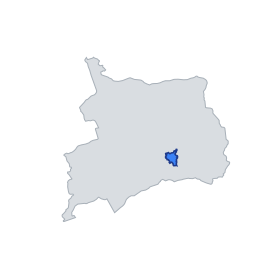 location of Lubutu, Maniema, Democratic Republic of the Congo, rotated 71°
{"feature_id": "63176286B14336347527587", "entity_name": "Lubutu", "entity_type": "district", "adm_level": 2, "iso_a3": "COD", "parent_name": "Democratic Republic of the Congo", "parent_adm1": "Maniema", "projection": "natural_earth1", "projection_center": [26.789, -0.716], "detail": "fine", "context": "in_parent", "style": "filled", "palette": "blue", "viewbox_px": 256, "rotation_deg": 71, "n_neighbors": 0, "source": "geoboundaries", "source_scale": "gbopen_adm2", "svg_char_len": 6373}
<svg xmlns="http://www.w3.org/2000/svg" viewBox="0 0 256 256"><g transform="rotate(71 128 128)"><path d="M203.7,168.2L188.1,171.0L188.4,172.0L188.3,173.1L187.9,173.9L186.3,176.2L183.9,178.2L183.9,178.7L185.1,181.0L185.9,184.1L185.7,189.7L186.0,191.2L185.9,192.3L185.1,193.6L183.6,200.3L184.6,203.5L187.7,206.5L189.5,208.7L192.5,209.5L193.0,209.4L193.2,207.5L195.6,206.8L195.6,218.7L195.4,219.4L194.9,219.5L194.3,219.1L194.2,218.0L193.5,217.5L190.6,219.0L189.8,218.9L189.0,218.7L188.4,218.1L188.2,217.2L186.2,213.7L185.2,213.5L184.0,210.4L179.4,208.1L177.6,207.9L176.6,207.2L175.7,204.8L174.2,203.2L173.8,201.5L173.5,201.2L172.6,201.6L171.8,204.3L170.7,205.0L168.8,205.0L164.0,204.2L160.6,202.8L159.7,202.9L158.4,201.6L157.8,199.5L158.1,197.9L157.9,197.6L152.7,199.0L151.4,199.8L150.2,199.6L149.9,199.2L150.4,198.0L150.1,196.8L149.7,196.2L148.2,195.8L147.7,194.5L146.8,194.3L146.5,194.5L146.2,195.4L145.7,195.7L142.6,195.2L139.3,196.4L135.0,196.1L132.9,197.5L132.6,197.4L132.2,196.7L131.8,194.5L132.0,193.9L132.6,193.4L132.9,192.5L132.6,190.2L132.8,189.7L132.6,188.3L131.9,186.2L131.0,184.4L129.0,181.8L128.7,180.6L128.8,177.7L129.4,173.0L129.3,169.6L128.5,167.4L128.3,165.0L128.8,160.6L128.3,159.6L118.5,159.2L118.0,158.9L117.9,158.3L118.3,155.7L112.3,156.4L110.5,156.9L109.4,157.9L109.0,159.2L109.0,161.1L108.1,162.9L107.8,165.9L106.2,166.3L104.5,166.3L101.3,165.6L98.2,166.5L96.7,167.3L95.9,166.9L93.1,167.2L92.7,167.0L89.5,161.0L88.0,159.0L87.7,158.0L87.8,157.1L87.4,155.9L85.9,152.8L85.7,151.4L85.7,149.1L85.5,148.4L84.2,146.4L83.3,145.8L82.3,145.5L66.2,145.7L60.9,145.4L57.0,145.6L55.0,145.4L54.4,145.2L52.7,145.6L51.7,146.4L50.3,146.8L49.5,146.6L47.8,144.4L50.1,144.0L50.2,143.8L50.4,138.5L49.8,137.7L51.0,136.8L52.9,134.4L54.8,133.6L55.1,133.1L55.5,133.2L56.2,134.1L57.9,135.4L59.9,134.3L60.1,134.0L60.4,131.7L60.9,131.5L61.8,132.0L62.3,132.0L63.2,131.3L65.8,130.2L66.5,131.6L65.8,133.0L66.2,133.9L66.2,135.4L66.7,135.7L68.7,135.9L69.3,135.5L73.4,130.3L74.5,129.6L76.2,127.6L78.5,126.6L79.5,125.0L80.8,122.0L81.4,117.8L81.1,110.5L81.3,109.5L84.1,106.2L86.9,100.2L88.8,98.6L90.3,98.0L92.5,95.8L94.3,93.6L94.0,91.0L94.5,88.8L95.4,86.0L95.7,83.0L95.4,79.9L95.5,77.4L96.9,73.3L97.0,68.6L98.2,64.7L100.5,59.8L101.6,56.1L101.4,52.4L101.8,49.7L101.6,48.1L101.2,46.8L101.4,45.9L102.3,45.5L103.4,44.2L105.4,40.6L107.6,38.8L109.1,38.3L110.6,38.3L111.7,38.7L113.3,40.1L115.2,41.2L116.6,42.6L118.0,44.8L121.3,45.3L122.7,46.0L123.6,46.3L123.9,46.1L124.6,46.2L126.2,46.9L127.5,46.5L133.7,48.0L134.4,47.3L136.1,43.5L137.4,42.2L139.5,42.1L141.2,42.8L142.0,42.8L149.6,39.6L150.6,39.4L153.4,40.2L155.2,39.7L155.9,39.8L157.5,39.3L158.7,37.0L159.8,36.5L170.7,38.9L172.4,37.7L173.2,37.6L175.6,38.5L176.3,39.8L177.8,41.0L178.8,43.0L180.5,44.1L181.3,45.1L182.2,45.9L184.2,46.1L186.7,44.4L188.5,44.5L190.3,45.5L190.9,45.5L192.3,44.4L193.0,43.3L193.7,43.1L194.7,43.6L195.6,44.6L196.4,46.1L199.1,49.5L201.7,50.9L202.4,52.9L203.4,52.7L203.8,52.9L204.5,54.2L205.0,54.5L205.1,55.0L204.4,56.3L203.8,58.6L204.6,60.1L203.9,62.2L203.6,64.3L204.5,64.9L205.6,64.8L206.6,66.0L207.4,66.1L208.2,67.3L208.0,68.3L205.4,71.9L201.5,76.2L200.2,76.7L199.5,77.5L199.0,78.8L197.9,79.9L197.0,80.3L196.9,83.4L195.6,86.6L195.1,87.3L194.4,92.6L194.5,93.5L193.8,97.8L193.9,101.8L192.0,103.1L190.7,105.0L190.1,106.4L190.2,109.7L188.0,111.7L187.8,112.1L188.4,114.4L189.2,114.8L189.2,115.6L190.9,118.0L190.8,125.6L190.9,126.4L191.8,128.2L192.4,131.6L191.8,136.0L194.1,144.1L193.1,147.0L193.6,149.8L195.0,152.8L198.3,155.7L199.2,156.9L200.0,158.5L200.8,161.0L203.7,168.2Z" fill="#d9dde1" stroke="#a8b0b8" stroke-width="1"/><path d="M169.0,91.7L168.8,91.8L168.7,91.9L168.5,92.0L168.3,91.9L168.2,92.0L167.9,92.0L167.7,92.0L167.6,91.9L167.5,91.7L167.4,91.5L167.4,91.4L167.2,91.3L167.0,91.2L166.9,91.0L166.8,90.9L166.7,90.8L166.5,90.6L166.4,90.4L166.4,90.2L166.1,90.2L165.9,89.9L165.7,89.7L165.4,89.6L165.4,89.4L165.2,89.2L164.9,89.0L164.7,89.0L164.6,88.8L164.4,88.8L164.5,88.7L164.4,88.6L164.3,88.4L164.3,88.5L164.2,88.6L164.1,88.9L164.2,89.1L164.3,89.8L164.5,90.2L164.7,90.5L164.8,90.6L164.9,90.8L165.0,90.8L165.2,91.0L165.1,91.3L164.9,91.7L164.7,91.8L164.8,92.1L165.1,92.3L165.4,92.5L166.1,93.1L166.0,93.4L165.9,93.9L165.9,94.4L165.9,94.5L165.7,94.8L165.8,95.0L165.8,95.8L165.8,96.3L165.9,96.5L166.0,96.6L165.8,97.0L165.7,97.2L165.5,97.3L165.3,97.3L165.2,97.3L165.0,97.5L164.8,97.6L164.7,97.6L164.4,97.7L164.5,98.9L164.9,99.2L165.0,99.3L164.9,99.4L164.7,99.5L164.4,99.5L164.4,99.9L164.3,100.3L164.3,100.5L164.5,100.8L164.8,100.8L164.9,100.6L164.8,100.4L165.0,100.4L165.3,100.2L165.4,100.4L165.4,100.6L165.5,100.7L165.6,100.4L166.0,100.6L166.2,100.8L166.3,100.8L166.6,100.7L166.6,100.8L166.8,101.1L167.1,101.5L167.2,101.4L167.3,101.4L167.4,101.5L167.6,101.5L167.6,101.8L167.8,102.0L168.1,102.0L168.2,101.9L168.3,101.9L168.4,102.0L168.5,102.1L168.8,102.0L169.0,101.9L169.2,101.6L169.3,101.6L169.5,101.5L169.5,101.4L169.9,101.4L170.0,101.3L170.3,101.3L170.4,101.1L170.5,101.1L170.8,101.2L170.9,100.8L171.0,100.7L171.2,100.4L171.2,100.2L171.4,100.2L171.5,100.1L171.9,100.1L172.0,100.0L172.1,99.7L172.3,99.7L172.5,99.6L172.8,99.7L173.0,99.6L173.0,99.4L173.0,99.5L173.3,99.6L173.5,99.8L173.8,99.9L174.0,100.1L174.1,99.9L174.3,99.7L174.5,99.9L174.9,99.9L175.0,99.9L175.0,99.7L174.9,99.6L174.8,99.4L174.7,99.3L174.6,98.9L174.4,98.7L174.5,98.6L174.5,98.4L174.5,98.2L174.5,97.8L174.7,97.7L174.8,97.6L175.0,97.5L175.3,97.5L175.5,97.5L175.6,97.3L175.8,97.3L175.9,97.2L176.0,97.2L176.4,97.0L176.6,97.0L176.8,97.1L177.0,97.1L177.3,97.2L177.4,97.3L177.5,97.3L177.8,97.3L178.0,97.3L178.1,97.2L178.3,97.0L178.5,97.0L178.7,96.9L178.7,96.7L178.7,96.4L178.8,96.2L178.8,95.9L178.9,95.7L179.0,95.5L179.0,95.4L179.0,95.2L179.2,94.8L179.2,94.7L179.1,94.4L179.2,94.2L179.3,94.1L177.8,94.1L177.6,94.0L177.4,93.8L177.2,93.8L177.0,93.6L176.9,93.5L176.7,93.5L176.4,93.4L176.4,93.2L176.2,93.1L175.9,93.3L175.7,93.3L175.4,93.3L175.2,93.3L175.1,93.2L175.1,92.9L174.9,92.9L174.7,92.7L174.4,92.7L174.1,92.7L173.8,92.6L173.7,92.6L173.4,92.4L173.2,92.2L172.9,92.0L172.8,91.8L172.8,91.7L172.7,91.6L172.8,91.5L172.6,91.3L172.5,91.2L172.4,91.2L172.3,90.9L172.2,90.9L172.1,91.0L172.1,90.9L171.9,90.9L171.7,90.8L171.6,90.7L171.4,90.5L171.2,90.5L171.1,90.4L170.9,90.4L170.7,90.4L170.8,90.6L170.9,90.8L170.7,90.9L170.4,90.7L170.3,90.8L170.1,90.9L170.1,91.1L169.7,91.4L169.4,91.5L169.0,91.7L169.0,91.7Z" fill="#3b82f6" stroke="#1e3a8a" stroke-width="1.5"/></g></svg>